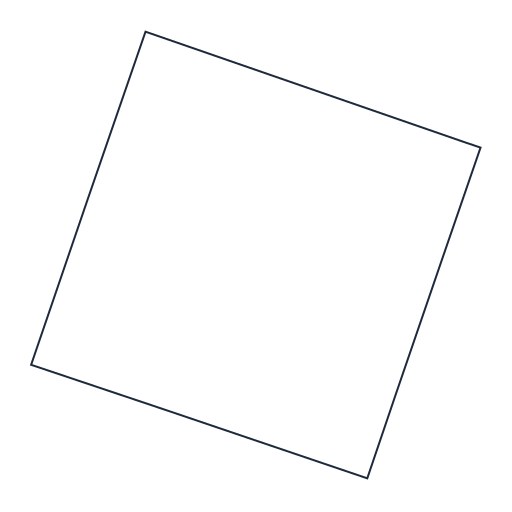 outline of Marion, Iowa, United States of America, rotated 109°
{"feature_id": "52423323B54462982436391", "entity_name": "Marion", "entity_type": "district", "adm_level": 2, "iso_a3": "USA", "parent_name": "United States of America", "parent_adm1": "Iowa", "projection": "albers", "projection_center": [-93.073, 41.335], "detail": "fine", "context": "isolated", "style": "outline", "palette": "slate", "viewbox_px": 512, "rotation_deg": 109, "n_neighbors": 0, "source": "geoboundaries", "source_scale": "gbopen_adm2", "svg_char_len": 277}
<svg xmlns="http://www.w3.org/2000/svg" viewBox="0 0 512 512"><g transform="rotate(109 256 256)"><path d="M430.0,78.4L342.2,78.8L195.3,79.0L80.4,79.0L80.5,96.3L79.9,433.5L255.7,433.6L432.1,433.2L431.0,292.0L430.0,78.4Z" fill="none" stroke="#1e293b" stroke-width="2"/></g></svg>